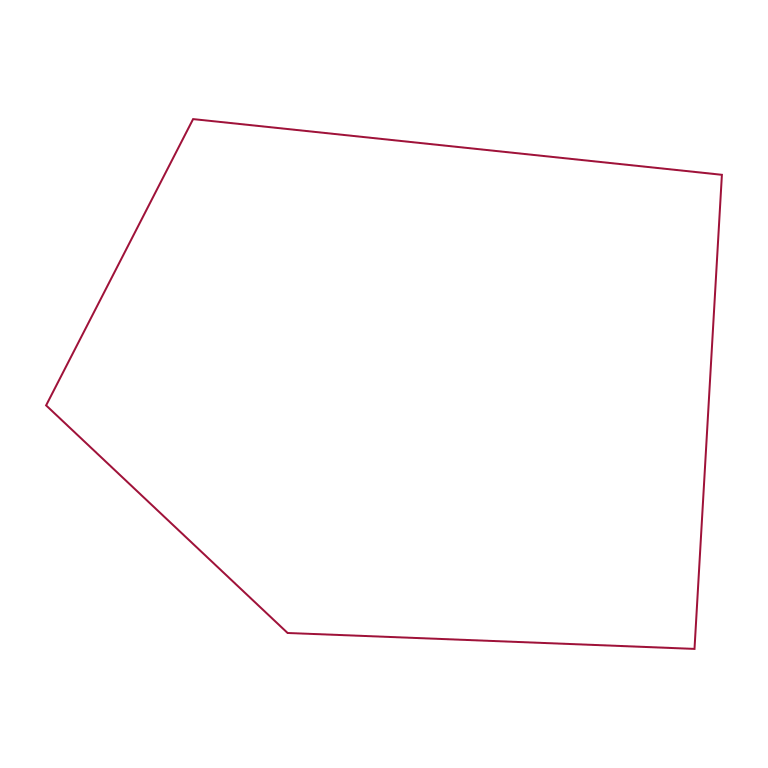 outline of Baile Tusnad, Covasna, Romania
{"feature_id": "2599482B64409374014432", "entity_name": "Baile Tusnad", "entity_type": "district", "adm_level": 2, "iso_a3": "ROU", "parent_name": "Romania", "parent_adm1": "Covasna", "projection": "orthographic", "projection_center": [25.855, 46.122], "detail": "fine", "context": "isolated", "style": "outline", "palette": "rose", "viewbox_px": 768, "rotation_deg": 0, "n_neighbors": 0, "source": "geoboundaries", "source_scale": "gbopen_adm2", "svg_char_len": 198}
<svg xmlns="http://www.w3.org/2000/svg" viewBox="0 0 768 768"><path d="M287.6,633.0L694.5,648.9L721.9,174.8L193.1,119.1L46.1,405.4L287.6,633.0Z" fill="none" stroke="#9f1239" stroke-width="2"/></svg>